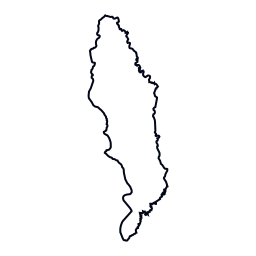 Roberto Payán (San José), Nariño, Colombia
{"feature_id": "7082276B42923877059842", "entity_name": "Roberto Payán (San José)", "entity_type": "district", "adm_level": 2, "iso_a3": "COL", "parent_name": "Colombia", "parent_adm1": "Nariño", "projection": "natural_earth1", "projection_center": [-78.328, 1.869], "detail": "fine", "context": "isolated", "style": "outline", "palette": "ink", "viewbox_px": 256, "rotation_deg": 0, "n_neighbors": 0, "source": "geoboundaries", "source_scale": "gbopen_adm2", "svg_char_len": 5802}
<svg xmlns="http://www.w3.org/2000/svg" viewBox="0 0 256 256"><path d="M167.0,168.9L165.0,168.7L164.3,168.1L162.4,165.1L160.9,163.8L160.1,160.8L158.6,158.4L158.8,156.8L159.4,156.0L159.6,155.3L159.5,152.9L157.2,148.1L157.1,146.7L157.3,146.2L157.7,146.1L157.8,145.3L157.5,144.3L156.5,142.6L156.4,141.9L156.5,141.3L157.5,140.6L157.8,139.9L157.8,139.4L157.3,138.4L158.9,137.6L159.4,136.6L159.0,135.9L158.2,135.6L157.5,135.6L156.6,136.1L156.1,136.1L155.6,135.7L155.7,135.1L156.0,134.7L156.0,133.8L155.0,132.7L154.8,132.2L155.4,131.0L155.0,121.5L154.7,119.8L154.0,118.0L153.9,117.4L153.2,116.7L153.0,116.1L153.4,114.3L154.1,114.0L154.6,113.4L154.9,112.5L154.8,111.3L154.3,110.4L153.6,110.0L153.4,108.7L154.4,107.5L155.3,107.2L157.0,98.3L157.0,97.5L156.6,97.3L154.9,95.9L154.6,94.1L154.1,93.4L154.2,92.8L155.2,90.3L155.5,89.1L156.4,88.6L156.3,87.9L157.3,87.3L157.9,86.6L157.0,85.1L156.2,84.1L155.2,83.9L154.7,83.4L154.5,83.0L154.3,83.5L154.0,82.9L153.6,83.2L152.2,82.6L152.1,83.0L151.4,82.8L150.2,82.1L149.4,82.1L149.5,81.6L149.2,81.2L149.0,79.6L149.7,78.3L150.0,78.0L150.1,76.9L149.7,75.9L149.1,75.6L148.0,75.5L147.1,76.0L145.7,77.1L145.2,76.9L145.0,77.0L143.9,76.2L143.2,75.3L143.0,73.9L143.6,72.4L143.6,71.4L143.0,71.1L142.9,70.8L142.5,71.1L142.2,70.9L142.0,71.2L141.7,71.2L141.6,71.7L140.9,72.3L140.4,72.0L140.1,72.2L139.7,71.6L139.2,71.5L139.2,70.8L139.4,70.2L139.1,70.4L138.9,70.2L139.0,69.8L139.3,69.9L139.0,69.0L139.4,68.9L139.3,68.5L139.7,68.7L139.6,68.2L139.9,68.1L139.9,67.5L140.2,67.4L139.5,65.7L138.7,65.0L137.8,65.0L137.2,65.2L136.8,65.0L136.7,65.2L136.3,64.8L136.4,65.3L135.4,64.7L135.3,64.3L135.3,63.6L135.6,63.0L137.4,61.9L137.5,60.9L136.2,59.8L136.5,59.0L137.0,58.5L137.2,59.0L137.6,59.1L137.8,58.1L137.7,57.5L136.8,56.5L136.5,53.8L136.1,53.3L136.2,52.7L135.7,52.0L134.2,51.0L132.4,48.8L129.7,48.1L129.4,47.5L129.3,46.2L130.0,43.7L129.9,43.0L128.9,42.6L127.6,42.9L127.3,42.4L127.2,41.4L128.2,39.3L127.2,37.2L126.3,36.4L126.3,35.7L128.0,33.0L128.0,32.6L127.4,32.4L127.2,32.0L126.3,32.8L125.5,32.9L125.3,31.5L124.4,30.6L123.5,30.2L122.1,30.9L121.7,30.4L121.3,29.1L120.7,29.0L120.1,29.3L119.7,29.0L119.6,28.2L119.2,27.7L119.0,26.7L118.8,26.3L118.8,25.5L118.0,24.4L117.6,24.4L117.0,23.3L117.1,22.6L118.3,22.2L118.9,21.5L118.6,19.6L118.1,18.1L117.6,17.6L117.0,17.6L115.1,18.5L114.1,18.7L113.4,18.4L112.9,17.3L112.0,16.7L111.0,17.0L110.0,16.8L107.3,16.0L106.1,15.9L105.2,15.4L104.1,16.8L102.0,18.3L101.3,19.1L100.6,19.7L99.5,20.3L99.0,21.1L99.1,23.6L98.1,26.0L98.2,26.6L98.6,27.5L98.5,30.2L98.1,31.8L97.3,32.7L97.1,34.0L97.2,34.4L97.9,35.1L99.1,35.4L99.6,35.8L99.7,36.7L98.9,37.9L97.7,38.6L97.0,39.4L96.1,41.1L95.9,42.8L96.1,44.8L96.4,45.5L96.2,46.5L94.6,47.9L93.6,47.9L92.8,48.8L91.4,48.9L90.8,49.9L90.3,50.1L90.1,50.5L90.0,51.7L90.2,52.0L90.5,55.3L92.0,61.8L92.4,62.3L92.7,62.4L94.7,62.8L94.9,63.0L94.9,63.6L94.4,65.4L94.0,66.0L93.4,66.3L92.9,67.0L92.6,68.7L92.1,69.4L91.5,69.8L91.3,71.3L91.0,72.0L91.5,73.5L92.7,74.5L92.8,74.9L92.8,75.3L92.6,75.5L92.0,75.6L91.8,76.0L91.6,77.7L93.0,79.1L93.3,80.9L90.9,88.0L89.0,91.6L88.6,95.4L88.7,97.1L88.9,98.1L89.2,98.7L91.7,102.1L93.4,105.3L95.2,106.6L97.5,107.1L98.4,107.5L99.2,108.5L101.4,110.3L104.0,113.3L104.4,114.5L106.0,116.7L106.1,117.9L106.4,118.5L106.8,118.8L106.9,119.2L106.7,119.9L106.7,120.4L107.2,121.0L107.2,121.7L106.9,122.4L107.0,123.4L106.6,124.1L107.4,125.1L107.4,126.5L106.6,127.7L106.6,129.0L106.3,129.4L106.4,130.1L106.1,130.6L103.9,131.8L103.8,132.5L104.4,133.7L106.6,135.0L107.1,135.1L107.7,135.7L109.2,138.2L110.4,141.5L110.7,143.0L110.8,147.1L110.6,147.7L109.3,149.5L108.6,149.8L106.5,150.2L106.3,151.1L105.3,151.7L104.9,152.3L104.8,152.9L106.1,153.8L108.1,155.9L110.2,157.3L111.3,157.5L112.0,157.9L112.6,158.9L114.7,159.2L116.3,160.3L117.5,160.5L118.7,162.5L121.0,164.3L121.8,165.6L122.2,167.2L123.2,168.2L123.7,169.5L123.9,172.7L125.3,179.3L127.5,183.6L128.2,184.1L130.2,186.8L131.6,190.1L131.7,192.3L130.5,193.8L129.8,194.2L127.0,194.5L124.8,195.2L123.6,196.1L123.1,197.3L123.1,198.7L123.6,200.4L130.2,208.3L131.5,210.5L131.6,211.2L122.8,221.1L122.0,222.5L120.9,225.5L120.3,228.7L120.3,232.2L122.5,237.8L123.6,239.9L124.3,240.2L125.5,240.3L125.9,240.6L127.2,240.5L129.3,237.9L129.5,237.0L130.2,236.0L131.4,235.8L132.0,235.1L132.7,235.1L134.3,233.8L134.7,233.9L135.5,233.4L136.0,232.7L136.4,232.6L136.0,231.6L135.8,230.4L135.9,229.7L137.0,228.2L138.0,228.0L137.8,226.9L138.2,226.7L138.9,225.6L138.5,224.7L138.5,224.0L138.8,224.0L139.1,224.6L139.6,224.4L139.7,223.7L140.1,223.3L140.2,222.3L140.7,221.4L140.3,220.5L140.9,219.7L140.2,218.9L140.7,218.2L141.5,217.8L141.3,217.1L141.4,215.5L141.1,215.4L140.4,215.8L140.4,214.5L140.0,213.9L140.4,213.5L140.1,212.9L141.7,213.1L142.1,213.3L142.5,213.2L143.2,212.7L143.0,211.3L144.0,211.8L144.8,211.5L145.2,212.1L145.3,212.9L145.7,213.1L145.9,213.7L145.8,214.0L145.1,214.4L145.2,214.6L145.8,215.0L146.7,214.4L146.9,213.6L147.7,214.3L147.4,213.0L147.5,212.2L148.2,212.2L148.6,212.4L148.8,212.2L149.0,211.7L149.7,211.8L149.9,210.4L150.3,210.1L151.4,210.2L151.9,208.7L151.9,208.1L151.3,207.6L151.5,206.9L151.4,206.6L151.1,206.3L150.7,206.7L150.4,206.4L150.5,204.6L150.3,203.8L151.2,203.7L152.1,204.3L152.9,203.8L153.3,203.0L154.5,202.5L155.1,203.8L155.9,203.9L156.0,203.1L155.5,202.5L156.0,201.7L159.7,199.3L159.6,199.2L160.0,198.9L159.9,198.3L160.1,197.7L161.7,196.8L161.8,195.8L162.1,195.8L162.1,195.4L161.7,195.0L162.4,194.6L162.3,194.1L162.6,193.8L162.3,193.6L162.5,193.3L162.8,193.7L163.2,193.3L163.3,193.6L163.6,193.6L163.7,194.5L164.0,194.5L164.6,194.2L164.7,193.7L164.4,193.1L164.7,192.4L164.5,192.1L165.1,192.1L165.4,191.3L164.9,191.1L164.0,190.0L164.2,189.5L165.6,189.4L165.8,188.4L166.6,187.4L166.9,186.2L167.4,186.2L166.1,181.9L164.1,178.8L163.9,178.1L164.1,177.4L164.9,176.5L165.6,173.8L167.3,170.6L167.3,169.1L167.0,168.9Z" fill="none" stroke="#020617" stroke-width="2"/></svg>